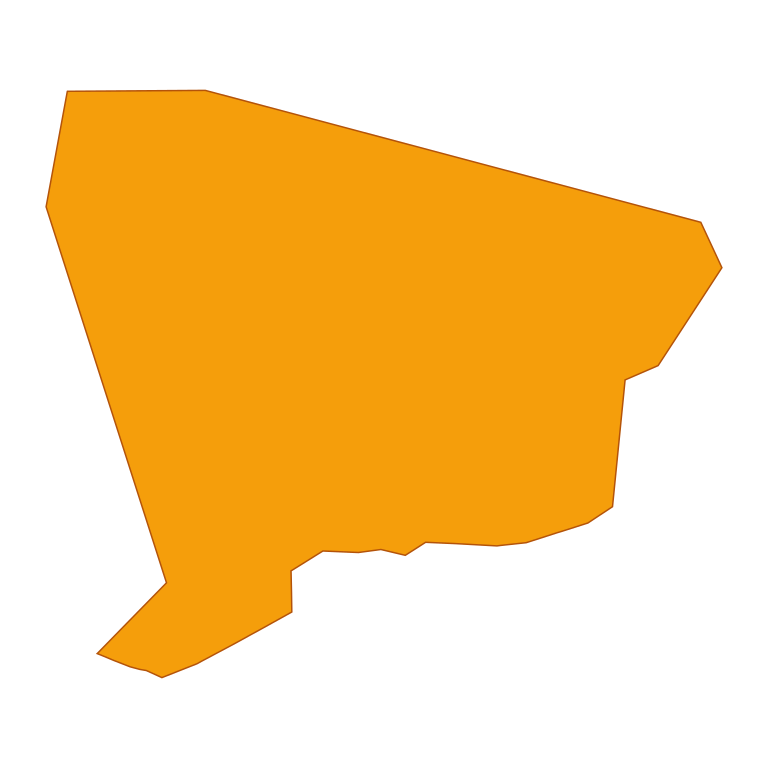 the district of Mourtcha, Ennedi, Chad
{"feature_id": "50815135B12013942151217", "entity_name": "Mourtcha", "entity_type": "district", "adm_level": 2, "iso_a3": "TCD", "parent_name": "Chad", "parent_adm1": "Ennedi", "projection": "natural_earth1", "projection_center": [21.235, 16.282], "detail": "fine", "context": "isolated", "style": "filled", "palette": "amber", "viewbox_px": 768, "rotation_deg": 0, "n_neighbors": 0, "source": "geoboundaries", "source_scale": "gbopen_adm2", "svg_char_len": 736}
<svg xmlns="http://www.w3.org/2000/svg" viewBox="0 0 768 768"><path d="M97.2,653.6L100.5,654.9L113.7,660.4L130.1,666.8L139.8,669.4L145.6,670.4L146.3,670.5L146.7,670.7L161.9,677.6L197.1,663.7L201.6,661.2L236.1,642.8L250.4,634.9L260.3,629.5L291.8,612.0L291.5,592.2L291.1,573.5L291.0,570.9L318.4,553.8L322.9,551.0L358.4,552.5L380.9,549.5L399.8,554.0L405.3,555.3L414.4,549.5L425.6,542.3L455.5,543.6L497.0,545.9L500.8,545.4L526.2,542.7L556.9,532.8L561.3,531.5L584.7,524.0L585.7,523.7L587.9,523.0L600.4,514.7L600.9,514.4L612.5,506.7L625.1,379.9L658.1,365.6L721.9,267.7L702.1,225.1L700.8,222.3L205.3,90.4L67.4,91.3L67.3,91.5L46.1,206.8L105.5,392.3L166.5,582.8L127.3,622.8L97.2,653.6Z" fill="#f59e0b" stroke="#b45309" stroke-width="1.5"/></svg>